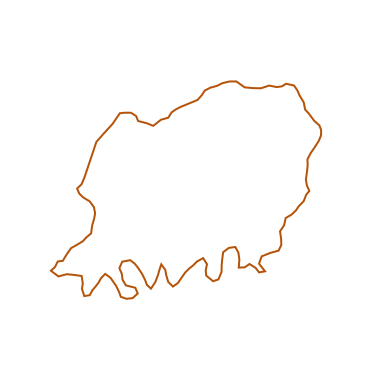 outline of Benjamin Constant do Sul, Rio Grande do Sul, Brazil, rotated 293°
{"feature_id": "56859067B73430891093496", "entity_name": "Benjamin Constant do Sul", "entity_type": "district", "adm_level": 2, "iso_a3": "BRA", "parent_name": "Brazil", "parent_adm1": "Rio Grande do Sul", "projection": "robinson", "projection_center": [-52.659, -27.484], "detail": "fine", "context": "isolated", "style": "outline", "palette": "amber", "viewbox_px": 384, "rotation_deg": 293, "n_neighbors": 0, "source": "geoboundaries", "source_scale": "gbopen_adm2", "svg_char_len": 1961}
<svg xmlns="http://www.w3.org/2000/svg" viewBox="0 0 384 384"><g transform="rotate(293 192 192)"><path d="M236.3,94.8L223.7,92.3L211.3,87.9L200.7,84.4L163.6,87.3L156.0,87.3L150.2,84.9L146.4,89.0L144.4,94.4L143.4,101.5L139.7,107.7L134.6,111.1L129.4,112.3L122.2,113.2L114.4,115.3L108.8,112.4L104.3,110.9L99.3,107.4L93.2,102.7L87.6,101.4L82.8,100.6L78.2,100.0L75.6,95.6L69.5,95.2L64.4,92.9L62.1,102.1L67.4,108.8L69.2,114.5L71.6,123.2L65.4,127.1L59.9,128.5L54.1,133.5L57.1,138.2L62.6,138.7L67.4,140.2L72.1,141.4L77.0,141.9L82.7,144.1L81.2,150.5L76.1,158.6L71.6,163.8L67.7,167.4L68.1,173.4L71.1,178.8L77.4,181.7L81.7,177.2L80.2,167.6L84.2,162.3L89.2,159.4L93.5,154.9L100.6,155.0L105.1,161.8L103.6,167.4L101.1,172.0L97.2,177.9L92.5,183.4L88.9,186.7L87.0,192.0L94.7,193.4L102.5,193.1L108.6,192.3L113.4,192.0L109.9,197.8L105.1,201.0L100.0,205.2L97.5,211.4L102.7,214.6L108.6,215.8L115.3,217.2L120.6,219.4L124.8,221.7L129.9,223.7L135.5,228.1L131.4,234.0L125.3,235.2L120.6,237.8L118.1,246.3L121.9,250.5L130.1,250.4L136.5,247.8L141.9,246.1L148.8,244.2L155.0,247.8L158.3,253.4L154.3,258.4L148.5,261.9L140.7,264.6L143.2,269.9L148.2,273.1L147.0,280.2L144.2,285.1L147.5,290.2L152.2,281.7L160.0,281.3L166.5,287.8L171.8,294.6L178.1,294.9L183.4,292.5L190.2,288.4L197.4,289.8L204.6,288.4L210.2,292.5L215.7,294.9L220.5,295.8L227.3,298.4L234.1,298.2L238.8,299.6L242.9,295.2L248.1,291.9L256.2,289.8L262.1,287.9L267.2,285.5L273.8,286.0L282.8,287.8L288.5,288.7L294.5,288.7L299.6,286.6L303.1,283.2L305.3,276.6L309.8,269.0L312.1,263.9L318.1,259.9L323.1,253.1L326.7,249.3L329.9,244.3L328.4,236.3L324.4,233.5L321.7,229.0L320.1,221.4L314.4,214.9L311.6,207.9L308.9,199.6L311.1,189.6L308.3,183.2L303.9,177.3L299.3,173.4L295.3,168.2L290.3,164.1L285.0,163.2L279.0,161.2L275.2,157.5L270.0,152.4L265.7,148.1L261.5,144.7L257.3,142.1L251.1,141.1L246.4,135.2L237.8,130.5L237.6,123.3L236.3,114.7L240.1,110.8L241.1,104.9L238.8,99.3L236.3,94.8Z" fill="none" stroke="#b45309" stroke-width="2"/></g></svg>